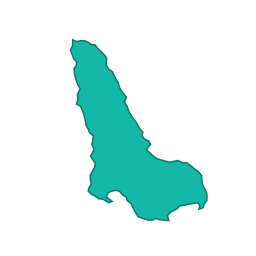 Caxambu, Minas Gerais, Brazil (Albers equal-area conic projection), rotated 163°
{"feature_id": "56859067B54903020095335", "entity_name": "Caxambu", "entity_type": "district", "adm_level": 2, "iso_a3": "BRA", "parent_name": "Brazil", "parent_adm1": "Minas Gerais", "projection": "albers", "projection_center": [-44.947, -21.993], "detail": "fine", "context": "isolated", "style": "filled", "palette": "teal", "viewbox_px": 256, "rotation_deg": 163, "n_neighbors": 0, "source": "geoboundaries", "source_scale": "gbopen_adm2", "svg_char_len": 1724}
<svg xmlns="http://www.w3.org/2000/svg" viewBox="0 0 256 256"><g transform="rotate(163 128 128)"><path d="M80.0,29.7L77.1,33.3L73.8,35.7L72.3,40.0L71.8,43.7L72.7,48.6L73.3,52.2L72.7,55.8L71.5,60.9L73.6,66.0L76.1,69.0L78.7,73.1L82.0,77.6L86.4,79.1L89.9,82.4L94.1,82.7L98.3,83.2L102.5,85.7L105.5,87.7L109.4,90.1L112.5,94.4L114.5,98.3L116.5,101.1L114.7,103.7L111.2,105.7L112.1,109.7L115.3,112.3L116.8,116.4L115.1,119.5L116.8,123.4L117.7,126.9L118.5,130.8L119.8,134.6L121.2,138.5L122.4,143.6L122.5,149.3L123.9,153.8L120.5,157.9L122.3,162.3L123.8,166.7L124.3,170.2L124.1,174.1L125.1,178.3L125.9,181.9L126.5,186.5L129.0,189.6L130.5,194.6L129.1,198.0L128.0,201.2L129.3,204.9L131.5,209.1L133.7,213.0L135.2,217.1L138.7,218.8L141.3,221.9L144.0,224.1L147.4,225.3L151.5,225.5L155.1,228.5L156.9,223.0L160.3,219.3L160.0,214.6L159.6,209.9L157.7,206.1L159.3,202.6L162.1,200.7L163.4,195.3L163.4,191.2L163.6,186.8L163.1,182.9L162.2,179.7L164.3,177.2L166.7,174.6L167.5,169.9L170.3,166.0L167.1,162.8L166.5,158.2L166.2,153.3L166.5,150.0L166.7,146.6L167.3,143.3L166.5,139.6L166.1,134.7L163.4,130.8L165.6,125.7L167.5,122.5L166.5,118.5L169.0,114.9L172.1,112.1L170.9,108.1L169.6,103.5L171.6,100.1L174.3,97.3L178.1,93.6L179.1,89.4L179.6,85.2L182.6,82.4L184.5,79.4L182.7,75.8L179.3,72.5L176.6,68.8L172.8,67.3L170.5,64.6L168.2,62.1L164.6,62.5L166.8,65.6L169.0,68.4L165.8,71.9L161.8,72.5L157.0,71.7L154.3,69.3L152.8,65.6L149.9,62.5L149.9,58.8L147.1,54.9L146.7,51.2L145.7,45.8L144.3,40.2L139.4,36.6L134.9,33.6L130.8,32.8L127.2,33.2L124.9,31.2L121.3,29.7L116.1,27.5L115.9,32.6L112.6,34.7L109.2,35.6L104.9,36.4L101.1,38.4L96.8,37.7L92.7,37.5L87.8,36.7L83.1,36.3L82.0,32.6L83.9,29.7L80.0,29.7Z" fill="#14b8a6" stroke="#0f766e" stroke-width="1.5"/></g></svg>